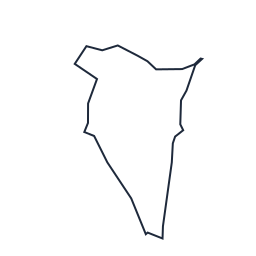 the district of Union, Pennsylvania, United States of America, rotated 292°
{"feature_id": "52423323B12259701702978", "entity_name": "Union", "entity_type": "district", "adm_level": 2, "iso_a3": "USA", "parent_name": "United States of America", "parent_adm1": "Pennsylvania", "projection": "albers", "projection_center": [-77.037, 40.978], "detail": "fine", "context": "isolated", "style": "outline", "palette": "slate", "viewbox_px": 256, "rotation_deg": 292, "n_neighbors": 0, "source": "geoboundaries", "source_scale": "gbopen_adm2", "svg_char_len": 522}
<svg xmlns="http://www.w3.org/2000/svg" viewBox="0 0 256 256"><g transform="rotate(292 128 128)"><path d="M36.2,184.3L38.4,185.4L38.5,201.4L50.0,197.2L112.5,181.5L130.6,175.3L137.7,174.9L146.6,180.0L151.0,175.1L173.5,166.8L184.6,168.2L211.4,166.8L219.8,170.8L219.6,169.3L211.9,165.8L202.9,156.1L192.9,132.1L197.2,121.0L198.6,110.1L200.7,87.6L190.4,75.0L188.3,58.8L167.5,54.6L161.8,80.9L135.8,81.8L117.7,89.0L107.9,89.0L107.9,99.6L88.4,121.7L63.9,157.4L36.2,184.3Z" fill="none" stroke="#1e293b" stroke-width="2"/></g></svg>